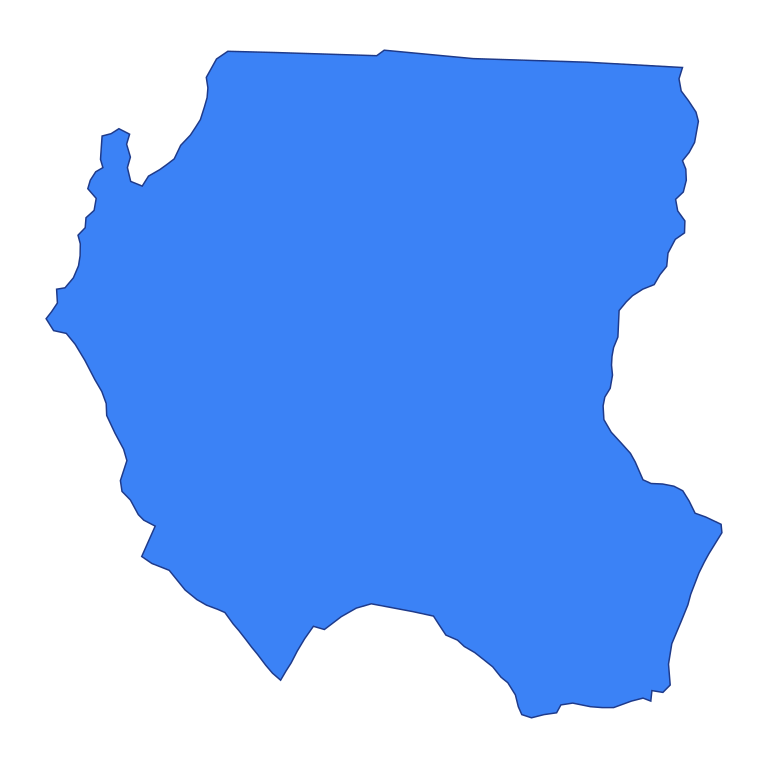 outline of Rolândia, Paraná, Brazil
{"feature_id": "56859067B29627671403317", "entity_name": "Rolândia", "entity_type": "district", "adm_level": 2, "iso_a3": "BRA", "parent_name": "Brazil", "parent_adm1": "Paraná", "projection": "mercator", "projection_center": [-51.413, -23.281], "detail": "fine", "context": "isolated", "style": "filled", "palette": "blue", "viewbox_px": 768, "rotation_deg": 0, "n_neighbors": 0, "source": "geoboundaries", "source_scale": "gbopen_adm2", "svg_char_len": 2221}
<svg xmlns="http://www.w3.org/2000/svg" viewBox="0 0 768 768"><path d="M662.9,692.4L670.2,685.0L668.5,664.1L671.8,643.7L681.2,621.3L687.9,604.8L690.7,594.3L698.9,573.0L704.3,562.1L708.9,553.7L721.9,532.7L721.1,524.3L705.7,517.0L695.1,513.2L689.1,501.0L682.8,490.8L673.9,486.2L662.6,484.0L651.1,483.5L643.0,479.8L635.2,461.9L630.4,453.3L621.7,443.6L611.2,432.2L603.9,419.6L603.1,405.9L604.8,397.1L610.2,388.3L612.5,375.1L611.5,365.1L612.0,356.3L613.6,347.5L617.9,337.0L619.1,310.5L626.3,301.8L632.5,295.7L642.7,289.2L654.2,284.6L660.0,274.6L666.7,266.3L668.0,253.1L675.3,239.3L684.5,232.9L684.9,220.9L677.7,210.9L675.6,199.3L683.3,192.0L686.3,180.2L685.8,169.1L682.5,160.7L689.1,152.5L694.6,142.4L698.4,121.3L696.0,112.1L688.4,100.6L681.2,91.0L679.0,78.8L682.5,67.5L586.7,62.2L473.1,58.6L384.2,50.2L376.7,55.7L274.5,52.5L227.8,51.3L216.5,59.0L206.3,77.4L207.9,87.9L207.1,97.6L204.5,106.7L200.4,119.6L195.8,126.9L190.4,135.1L180.7,145.3L174.2,158.9L166.2,165.0L159.8,169.6L148.5,176.1L142.2,186.1L130.7,181.4L127.4,167.6L130.4,157.1L126.6,144.2L129.6,134.2L118.9,128.7L111.0,133.7L102.1,136.0L101.3,147.4L100.5,159.4L102.9,167.6L95.7,171.8L90.3,180.2L87.8,188.7L96.2,198.4L94.1,210.4L86.0,217.7L85.2,227.7L78.0,235.2L80.3,243.8L80.1,255.8L78.5,265.8L73.4,277.8L65.0,287.8L56.6,289.2L57.4,303.0L51.5,311.8L46.1,318.7L53.6,330.6L66.3,333.4L75.2,344.3L84.9,360.4L94.9,379.7L101.8,391.5L106.2,403.5L106.7,415.5L115.1,433.4L123.6,449.2L126.9,460.6L124.1,469.2L120.4,480.6L122.0,491.4L130.4,500.0L138.3,514.6L143.8,520.2L155.2,526.1L141.7,556.5L151.9,563.5L169.2,570.3L185.1,590.0L196.9,599.6L206.6,605.2L217.6,609.3L224.9,612.5L233.2,624.0L238.7,630.4L245.9,639.6L251.8,647.4L257.4,654.2L265.8,665.3L272.5,673.2L280.6,680.2L286.3,670.5L291.1,663.0L297.3,651.0L304.6,638.8L313.4,626.3L324.4,629.5L331.0,624.5L341.2,616.7L356.3,608.1L371.3,603.8L405.3,610.2L412.8,611.6L433.5,616.1L438.6,624.0L445.9,635.1L457.5,640.1L464.3,646.5L474.8,652.6L492.7,666.8L501.1,677.3L507.8,682.7L515.4,694.9L518.3,706.7L521.8,714.6L531.5,717.8L544.0,714.6L556.6,712.8L560.9,704.9L572.7,703.1L590.5,706.7L602.3,707.6L613.6,707.6L631.4,701.1L643.0,698.1L650.8,701.1L651.9,690.6L662.9,692.4Z" fill="#3b82f6" stroke="#1e3a8a" stroke-width="1.5"/></svg>